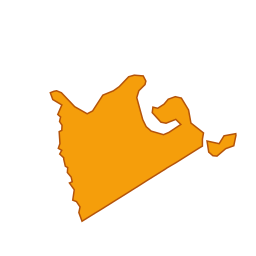 West Feliciana, Louisiana, United States of America (Robinson projection), rotated 148°
{"feature_id": "52423323B24194597484154", "entity_name": "West Feliciana", "entity_type": "district", "adm_level": 2, "iso_a3": "USA", "parent_name": "United States of America", "parent_adm1": "Louisiana", "projection": "robinson", "projection_center": [-91.444, 30.849], "detail": "fine", "context": "isolated", "style": "filled", "palette": "amber", "viewbox_px": 256, "rotation_deg": 148, "n_neighbors": 0, "source": "geoboundaries", "source_scale": "gbopen_adm2", "svg_char_len": 1139}
<svg xmlns="http://www.w3.org/2000/svg" viewBox="0 0 256 256"><g transform="rotate(148 128 128)"><path d="M216.4,73.3L201.6,73.3L201.4,73.3L194.7,73.2L148.5,73.3L140.2,73.4L139.5,73.4L117.4,73.4L116.6,73.5L104.7,73.2L78.1,73.3L74.5,73.2L70.8,79.1L66.6,83.8L72.0,98.9L67.1,111.2L66.9,125.1L71.3,129.5L78.6,131.1L84.9,129.1L92.4,129.0L95.8,132.5L99.3,128.2L97.0,115.5L93.2,111.9L82.9,110.0L81.3,103.0L95.6,102.6L101.4,103.5L110.0,113.1L111.9,119.5L111.1,127.2L104.5,149.1L99.0,153.9L90.6,155.8L88.0,158.3L87.5,164.1L94.7,169.5L100.3,171.1L113.6,167.7L120.7,167.3L131.9,169.2L149.0,161.2L155.1,161.7L161.9,174.3L165.8,193.2L168.8,197.4L171.4,198.4L175.2,199.1L176.7,192.0L171.9,182.6L180.4,176.7L179.3,173.1L182.6,169.8L182.5,165.3L185.4,161.1L188.3,161.4L194.0,150.8L197.9,147.7L196.0,144.2L199.7,142.1L198.3,136.9L199.0,135.7L201.4,128.8L200.1,126.4L203.0,122.4L202.2,116.5L203.8,112.0L206.8,112.4L206.3,104.1L213.1,96.1L210.7,92.9L210.5,86.5L214.5,82.3L216.4,73.3ZM67.9,75.1L72.3,64.8L70.7,59.5L67.4,57.0L56.1,58.7L47.7,56.9L40.4,64.5L39.6,66.1L50.7,70.5L59.0,66.4L67.9,75.1Z" fill="#f59e0b" stroke="#b45309" stroke-width="1.5"/></g></svg>